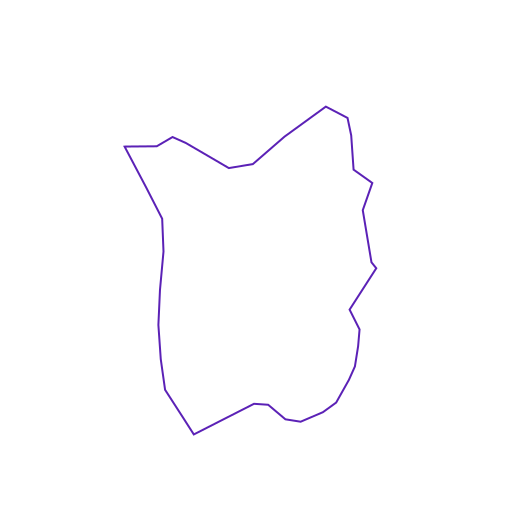 outline of Gunpo-si, Gyeonggi, South Korea, rotated 144°
{"feature_id": "91817680B51138241033746", "entity_name": "Gunpo-si", "entity_type": "district", "adm_level": 2, "iso_a3": "KOR", "parent_name": "South Korea", "parent_adm1": "Gyeonggi", "projection": "orthographic", "projection_center": [126.925, 37.33], "detail": "fine", "context": "isolated", "style": "outline", "palette": "violet", "viewbox_px": 512, "rotation_deg": 144, "n_neighbors": 0, "source": "geoboundaries", "source_scale": "gbopen_adm2", "svg_char_len": 630}
<svg xmlns="http://www.w3.org/2000/svg" viewBox="0 0 512 512"><g transform="rotate(144 256 256)"><path d="M298.0,421.7L304.6,375.8L310.0,341.3L328.2,314.0L353.7,284.9L375.5,257.6L393.7,228.5L408.2,201.2L410.0,168.4L411.2,148.2L344.5,137.6L333.6,128.5L328.2,106.6L317.3,95.7L293.6,90.3L288.8,90.3L277.3,90.3L253.6,101.2L240.9,108.5L226.4,123.0L215.4,135.7L211.8,157.6L165.9,175.4L166.3,183.0L142.7,230.3L119.0,246.7L126.3,268.5L108.1,297.6L100.8,313.9L111.7,335.8L129.9,335.8L162.7,335.8L204.5,332.2L226.3,343.1L246.3,388.6L253.6,401.3L271.8,403.1L297.3,421.3L298.0,421.7Z" fill="none" stroke="#5b21b6" stroke-width="2"/></g></svg>